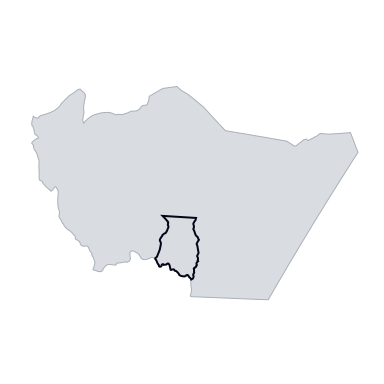 Wadi Fira on a map of Chad (orthographic projection), rotated 93°
{"feature_id": "TCD-1473", "entity_name": "Wadi Fira", "entity_type": "Prefecture", "adm_level": 1, "iso_a3": "TCD", "parent_name": "Chad", "parent_adm1": "", "projection": "orthographic", "projection_center": [21.824, 14.959], "detail": "fine", "context": "in_parent", "style": "outline", "palette": "ink", "viewbox_px": 384, "rotation_deg": 93, "n_neighbors": 0, "source": "natural_earth", "source_scale": "10m", "svg_char_len": 6696}
<svg xmlns="http://www.w3.org/2000/svg" viewBox="0 0 384 384"><g transform="rotate(93 192 192)"><path d="M295.6,110.3L295.8,119.4L295.9,128.6L296.0,137.7L296.1,146.9L296.2,156.1L296.3,165.3L296.4,174.4L296.5,183.6L296.6,186.7L296.3,187.9L296.2,188.0L295.9,188.2L291.1,187.4L289.1,187.4L286.2,188.1L281.9,188.5L279.2,188.4L277.3,190.0L275.8,191.9L276.6,196.5L276.4,198.0L275.8,199.5L274.5,200.9L273.3,202.0L272.5,202.9L271.5,205.0L270.8,205.9L270.9,207.2L270.7,208.6L269.9,209.3L267.9,209.8L266.6,210.4L265.6,211.4L264.9,212.2L265.3,213.1L265.8,214.4L266.1,216.4L266.3,217.6L267.3,218.6L267.9,219.3L268.1,220.1L267.5,220.9L265.1,222.3L264.1,222.9L263.0,223.6L262.6,223.9L260.8,225.3L259.9,226.6L259.5,227.6L259.5,229.0L260.4,231.2L261.4,233.0L261.8,234.4L262.0,235.9L261.9,237.3L261.4,238.5L260.5,239.6L257.1,241.7L255.5,244.1L254.2,246.9L253.8,248.4L254.2,249.4L254.9,250.3L255.9,250.7L257.4,250.8L259.8,250.4L262.0,250.0L264.4,251.0L265.7,253.4L265.2,255.1L266.1,258.2L266.9,262.0L266.9,263.2L267.2,263.7L268.7,263.9L269.1,264.8L268.6,271.4L269.3,273.2L270.3,274.6L271.4,275.2L272.6,276.1L273.2,276.7L274.5,276.9L276.0,278.0L276.4,279.6L276.3,281.2L275.4,284.5L274.8,286.8L273.9,286.6L272.1,286.1L270.0,285.6L267.3,285.2L264.8,286.2L262.1,287.3L261.3,288.2L260.5,288.7L259.3,288.7L258.2,288.8L257.7,289.7L256.7,290.6L252.8,292.5L251.9,293.2L251.4,293.9L251.4,294.7L251.8,296.2L251.8,298.2L251.0,299.8L249.9,300.8L248.8,301.2L247.8,301.4L247.2,302.1L245.1,305.7L244.3,306.3L242.5,306.2L237.3,311.5L236.8,313.1L234.9,315.4L232.5,317.8L230.3,319.0L230.2,319.5L229.6,320.0L228.3,320.5L223.7,323.5L218.2,323.3L215.8,324.5L213.5,325.0L210.0,325.5L209.0,325.5L204.6,325.7L199.4,325.5L197.4,325.9L195.5,327.1L194.1,328.1L193.9,328.4L194.1,328.8L194.1,329.1L197.7,331.7L198.6,332.9L197.7,334.0L197.2,334.2L197.2,334.3L196.6,335.2L194.4,338.0L191.2,341.2L189.5,342.1L188.9,342.7L188.0,344.9L187.4,345.2L185.2,345.5L180.8,345.6L174.7,346.2L171.1,346.4L168.8,346.2L165.6,347.6L164.5,348.0L163.8,348.1L160.6,349.5L157.9,351.7L157.0,352.1L153.3,353.0L151.8,354.5L151.1,354.6L148.8,352.5L147.2,350.6L146.4,348.7L146.3,348.1L145.9,348.2L144.6,349.0L143.5,349.9L142.9,351.7L139.1,352.9L135.8,353.8L134.3,355.1L132.0,355.7L129.1,355.4L126.8,354.8L124.6,354.5L125.7,352.9L126.1,351.7L126.3,350.2L126.1,349.2L124.8,348.6L124.0,347.8L122.2,343.0L120.3,338.1L117.6,333.2L114.7,330.0L112.5,328.1L111.8,327.8L110.7,327.2L110.0,326.6L106.1,323.2L102.0,319.5L101.0,317.8L99.0,315.2L96.8,312.5L95.6,311.3L95.1,309.2L96.7,307.4L98.5,305.0L100.6,303.5L103.3,303.5L107.7,304.3L112.5,304.7L117.3,304.3L118.5,304.0L119.7,304.1L122.3,304.7L126.7,304.7L129.0,303.8L126.6,302.1L124.0,299.4L121.5,296.4L120.1,293.8L118.8,290.4L117.6,286.2L116.9,280.7L117.1,277.7L117.6,275.5L119.0,272.0L118.1,269.9L118.4,268.2L118.3,265.8L117.9,264.5L116.3,260.3L116.0,259.8L114.5,256.9L114.0,252.1L112.3,248.9L109.6,247.3L108.1,245.4L107.6,242.1L106.6,241.2L102.3,239.9L98.7,239.7L96.2,236.0L93.0,231.1L90.1,226.5L88.4,217.6L87.4,212.5L88.8,211.0L91.4,207.5L94.9,200.7L102.6,190.3L106.5,185.0L114.3,177.1L123.7,167.4L129.0,161.9L130.2,151.6L131.4,140.8L132.4,132.6L133.5,122.9L134.5,114.8L135.2,108.9L136.2,100.5L136.9,98.9L140.6,92.4L140.9,91.6L140.3,90.4L135.5,84.7L134.0,83.4L133.2,80.5L134.6,78.9L129.0,69.4L127.5,68.2L126.9,67.0L126.9,65.4L127.1,58.9L126.0,48.7L124.4,36.9L131.5,33.7L136.9,31.4L143.7,28.3L149.8,31.8L158.7,36.8L167.6,41.8L176.5,46.8L185.5,51.8L194.5,56.8L203.5,61.7L212.6,66.7L221.7,71.6L230.8,76.5L240.0,81.4L249.2,86.2L258.4,91.1L267.7,95.9L277.0,100.7L286.3,105.5L295.6,110.3Z" fill="#d9dde1" stroke="#a8b0b8" stroke-width="1"/><path d="M279.5,188.3L279.0,188.4L278.5,188.7L277.2,190.3L275.7,191.3L275.3,191.7L275.1,192.4L275.3,193.0L275.6,193.5L276.1,193.9L276.5,194.5L276.7,195.2L276.7,195.9L276.5,198.3L276.3,198.7L275.5,200.4L275.3,200.5L274.6,200.8L274.2,201.1L273.8,201.4L272.0,203.3L271.8,203.7L271.7,204.2L271.7,204.6L271.5,205.0L271.2,205.3L270.4,205.8L270.3,206.1L270.3,206.7L270.4,207.8L270.5,208.2L270.9,208.8L270.9,209.0L270.8,209.3L270.6,209.4L266.6,210.5L265.7,210.9L264.9,211.6L264.6,212.3L265.0,213.1L265.6,213.5L265.8,213.8L266.1,216.0L266.3,216.4L266.3,216.5L266.2,216.6L265.9,216.7L265.8,216.8L265.7,217.2L265.6,217.3L265.7,217.6L265.9,218.0L266.1,218.3L266.5,218.5L267.6,218.7L267.9,218.9L268.1,219.3L268.3,220.0L268.2,220.6L267.9,221.0L267.5,221.1L266.9,221.2L266.5,221.5L265.7,222.2L265.4,222.5L262.2,224.0L261.6,224.4L261.1,224.9L260.9,225.1L260.4,225.2L260.1,225.2L259.8,225.1L259.6,224.9L259.1,224.1L258.2,223.5L251.4,221.2L246.1,220.4L245.8,220.4L244.6,220.4L244.0,220.6L243.1,221.0L242.9,221.1L242.6,221.4L242.4,221.4L242.0,221.6L241.8,221.6L241.4,221.6L240.7,221.4L238.8,220.4L237.4,219.4L237.2,219.4L236.9,219.4L236.6,219.3L235.4,218.0L234.9,217.4L234.5,216.4L234.4,216.3L234.4,216.2L233.7,215.9L233.4,215.7L233.1,215.5L233.0,215.4L232.9,215.3L232.5,215.2L232.4,215.2L232.2,215.0L228.6,213.8L228.5,213.7L228.3,213.7L227.4,213.8L227.2,213.9L226.2,214.4L225.8,214.4L225.1,214.2L224.9,214.2L224.7,214.3L224.4,214.3L224.2,214.2L223.8,214.2L223.5,214.2L223.3,214.2L223.2,214.3L223.1,214.5L222.9,214.8L222.3,215.1L222.2,215.1L222.1,215.3L222.0,215.5L221.7,215.7L220.6,216.7L217.4,220.1L217.7,186.6L219.3,186.9L219.9,187.1L220.3,187.3L221.3,188.0L223.2,188.9L223.5,189.0L224.7,188.8L225.5,188.4L227.3,188.2L227.5,188.2L227.7,188.4L228.1,188.5L228.5,188.7L228.9,188.7L229.3,188.6L229.5,188.5L230.1,188.1L230.8,187.7L234.2,186.4L235.4,185.6L235.7,185.3L236.0,185.0L236.3,184.3L236.4,184.2L236.5,184.1L237.1,183.8L238.2,183.4L238.6,183.2L239.0,182.8L239.3,182.6L239.5,182.6L241.1,183.6L243.3,184.6L243.5,184.6L243.8,184.6L245.0,184.0L245.2,183.9L250.2,182.8L251.3,182.5L252.0,182.3L252.5,182.3L254.2,182.9L255.1,183.4L255.5,183.5L255.8,183.5L256.7,183.1L257.1,182.8L257.7,182.6L258.5,182.5L259.1,182.5L259.6,182.6L260.2,182.8L260.3,182.7L260.6,182.5L260.7,182.4L260.8,182.3L261.4,182.9L262.2,183.5L262.4,183.6L262.7,183.7L262.8,183.8L263.1,183.8L263.3,183.8L263.5,183.8L263.9,183.7L264.0,183.6L264.3,183.4L264.5,183.4L264.8,183.4L264.8,183.5L265.0,183.6L265.6,183.9L265.8,183.9L266.6,184.2L266.7,184.3L266.8,184.4L266.9,184.7L266.9,184.8L267.0,184.9L267.1,185.0L267.3,185.1L267.5,185.2L267.5,185.3L267.6,185.5L267.8,185.7L267.9,185.8L268.0,185.9L268.0,186.0L268.4,186.2L268.5,186.2L268.9,186.0L269.0,186.0L269.3,186.0L269.9,185.9L270.6,185.8L271.0,185.8L271.5,185.8L272.1,185.7L272.3,185.6L272.5,185.6L273.1,186.0L273.3,186.1L273.8,186.2L274.0,186.3L274.5,186.4L274.6,186.5L274.8,186.5L275.0,186.4L275.4,186.3L275.8,186.1L276.0,186.0L276.3,186.0L276.6,186.0L277.1,186.1L278.2,186.5L278.3,186.6L278.5,186.7L279.5,188.2L279.5,188.3L279.5,188.3Z" fill="none" stroke="#020617" stroke-width="2"/></g></svg>